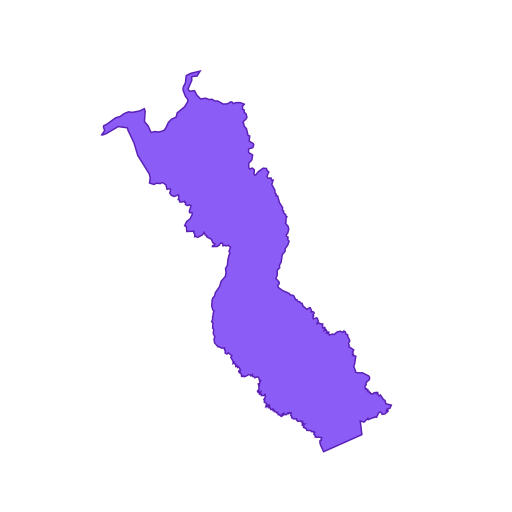 Miranda, Cauca, Colombia, rotated 219°
{"feature_id": "7082276B64224569928745", "entity_name": "Miranda", "entity_type": "district", "adm_level": 2, "iso_a3": "COL", "parent_name": "Colombia", "parent_adm1": "Cauca", "projection": "equal_earth", "projection_center": [-76.228, 3.222], "detail": "fine", "context": "isolated", "style": "filled", "palette": "violet", "viewbox_px": 512, "rotation_deg": 219, "n_neighbors": 0, "source": "geoboundaries", "source_scale": "gbopen_adm2", "svg_char_len": 6108}
<svg xmlns="http://www.w3.org/2000/svg" viewBox="0 0 512 512"><g transform="rotate(219 256 256)"><path d="M415.8,364.5L421.6,357.0L423.8,352.3L419.8,346.1L418.9,341.7L417.3,339.1L411.4,335.7L407.5,334.7L406.2,333.2L405.4,327.0L407.3,317.6L405.5,313.7L407.8,309.0L408.2,304.8L406.6,298.4L406.6,295.4L409.5,291.2L413.0,289.0L415.0,286.3L416.1,286.3L421.8,289.3L427.2,290.2L433.3,298.8L435.5,300.2L437.7,295.5L442.6,289.7L445.8,287.8L448.0,283.9L449.5,278.7L452.0,275.2L454.8,264.7L456.3,261.5L455.8,260.3L452.5,258.2L452.2,253.1L451.3,253.6L449.4,256.9L444.5,269.9L436.5,274.7L434.7,273.2L422.1,267.2L411.1,259.7L390.6,252.6L387.4,250.2L384.7,245.7L380.3,247.4L379.2,249.9L375.9,252.1L375.4,253.7L374.1,254.4L370.7,254.6L367.1,251.8L365.4,254.1L364.1,253.9L362.6,250.6L360.0,249.9L357.1,250.7L354.7,254.7L352.8,252.9L352.0,250.9L350.6,251.3L349.4,250.0L347.5,251.3L346.1,253.5L345.3,252.9L344.6,253.4L343.3,251.7L341.8,251.8L340.6,252.4L340.2,253.7L338.2,254.2L335.7,248.4L334.6,248.0L333.1,249.4L331.8,248.4L330.6,243.3L331.6,239.2L330.5,234.6L328.6,235.0L325.2,231.5L319.8,236.2L319.2,235.1L317.2,234.4L315.8,232.4L314.7,233.5L313.1,233.7L310.9,238.6L311.2,241.7L308.7,240.4L307.3,240.8L306.5,239.9L301.2,240.9L297.7,239.1L295.5,239.6L295.3,238.6L296.2,236.6L295.8,235.9L292.2,238.9L291.4,241.2L291.6,243.2L290.8,244.6L289.7,244.6L288.0,243.1L287.0,244.6L285.5,245.0L284.5,246.8L281.2,246.7L280.0,242.7L277.9,241.7L277.6,239.9L275.4,235.3L272.4,230.8L271.8,227.1L269.0,224.4L267.0,221.0L267.2,214.3L265.1,209.5L264.5,202.0L262.9,198.4L263.2,196.5L262.4,194.2L259.0,189.4L255.6,186.9L254.0,186.7L252.9,183.9L251.8,182.9L251.5,181.4L249.8,179.4L249.1,177.0L247.3,176.9L244.4,172.7L242.7,172.4L240.5,168.9L237.1,167.3L236.3,164.9L233.6,162.5L228.3,161.5L227.7,162.2L224.8,162.7L222.5,164.8L221.5,163.3L219.5,162.5L219.0,161.2L216.9,161.5L216.5,163.3L212.1,163.3L211.8,161.4L207.5,159.7L206.3,158.1L206.0,159.7L204.8,158.6L203.6,159.2L202.2,157.4L201.2,158.8L200.2,157.8L199.4,158.8L196.5,157.7L197.0,155.7L196.4,155.1L196.0,155.0L196.4,156.1L195.9,156.8L195.4,155.3L193.2,155.1L191.5,153.4L190.5,154.7L190.1,154.2L188.5,155.6L187.1,159.1L185.8,159.9L184.5,159.6L184.2,161.6L182.8,160.3L180.8,161.1L180.2,160.7L178.7,163.3L176.9,162.9L174.5,161.1L174.2,162.8L173.1,159.3L173.7,157.9L171.9,157.8L172.2,156.8L170.3,155.1L169.5,153.2L170.0,152.4L169.6,151.7L168.9,151.4L168.3,152.5L167.3,151.4L166.8,153.4L165.9,151.0L165.0,151.9L164.0,150.9L161.7,152.9L162.2,153.8L161.8,154.1L160.1,152.7L159.5,149.4L158.8,149.8L157.6,147.6L154.9,148.1L153.7,145.4L153.4,146.7L152.5,145.8L152.6,147.6L152.0,148.7L151.3,148.4L151.1,146.6L150.5,146.1L149.8,146.9L147.7,146.0L146.5,147.8L145.6,146.6L144.6,147.6L143.8,146.6L142.3,147.6L141.2,147.1L140.7,147.8L138.8,146.7L138.4,147.3L135.4,147.2L134.7,149.0L135.0,149.5L136.1,149.0L136.0,150.2L135.2,151.5L134.2,150.5L132.4,152.0L132.5,154.2L131.4,154.0L131.5,155.4L130.6,155.3L130.0,156.3L128.5,153.9L127.4,153.9L126.5,152.8L124.1,153.1L122.1,155.0L121.2,154.0L119.2,153.9L118.0,155.6L117.1,155.5L116.1,156.8L115.0,156.4L115.2,155.2L113.9,155.4L113.8,154.2L112.5,155.8L112.8,153.8L111.5,153.7L111.2,152.7L108.5,153.4L106.7,152.5L103.5,154.8L102.3,154.4L101.5,155.4L100.6,155.2L100.2,156.1L99.3,155.8L98.8,153.8L97.2,154.0L96.2,152.7L95.8,153.5L95.0,153.1L93.5,154.6L90.5,156.2L90.0,154.3L89.3,153.9L90.0,152.7L89.4,151.7L87.1,149.8L80.3,146.5L61.3,183.8L71.2,193.4L67.5,194.9L66.9,200.2L65.8,199.5L63.3,204.1L62.6,204.5L62.5,205.6L60.8,206.5L61.9,210.8L61.5,213.0L59.1,213.0L58.3,212.3L56.4,214.5L55.7,218.6L56.6,219.2L57.3,218.0L57.8,219.5L56.1,221.9L57.0,225.3L62.0,222.9L64.9,224.9L66.7,224.7L71.9,226.3L72.2,224.9L73.7,225.0L75.6,226.5L76.4,225.9L76.1,224.8L77.6,224.9L78.3,223.6L78.0,222.7L80.1,221.2L81.1,221.8L82.2,221.1L83.0,222.0L83.8,221.1L85.0,222.5L86.7,221.5L86.8,222.3L88.2,222.1L89.5,223.6L89.3,225.2L90.5,226.4L90.7,227.6L90.1,231.3L91.5,233.3L93.1,233.7L99.8,232.2L103.7,229.0L105.9,228.4L106.5,229.4L110.7,231.8L111.5,234.3L115.3,240.9L117.0,240.5L117.5,239.8L118.1,240.4L118.9,240.0L119.2,241.5L120.8,242.0L120.6,243.7L121.0,244.5L126.8,244.0L127.3,245.2L129.2,246.4L129.6,248.9L130.6,249.7L133.7,251.0L135.4,252.5L136.8,251.9L138.9,253.3L140.5,253.0L140.5,251.4L143.3,250.5L145.2,247.9L145.9,244.1L147.4,243.5L149.2,240.8L149.7,241.3L151.5,241.0L151.3,243.2L152.9,240.5L153.6,242.2L155.4,242.8L156.1,240.9L157.0,243.5L157.9,243.6L158.3,242.3L159.0,242.1L161.5,245.2L162.8,244.0L164.6,243.7L165.9,241.7L166.4,242.3L166.4,244.5L169.3,246.2L170.0,246.1L171.8,243.3L173.4,244.2L173.4,245.7L174.8,246.1L174.8,248.3L176.5,248.7L178.0,247.3L178.2,248.2L181.1,249.9L181.7,249.7L182.9,246.6L187.9,246.7L190.4,248.2L191.8,247.4L193.3,248.0L194.7,247.0L196.8,247.8L197.8,247.0L201.4,248.8L202.9,248.6L204.7,247.3L206.6,247.8L214.0,245.8L218.8,245.6L220.6,246.8L220.5,249.3L222.0,250.4L226.4,251.0L227.5,254.7L230.6,258.2L230.1,261.6L232.0,263.6L232.6,267.1L236.4,273.5L236.4,278.1L237.9,279.9L238.2,284.5L239.6,288.3L241.9,288.8L242.9,290.8L244.7,290.5L245.7,291.3L245.8,293.9L247.6,297.7L249.9,299.3L253.9,300.1L254.2,301.6L256.0,303.5L256.8,306.0L257.7,305.6L259.2,307.0L260.5,306.6L262.2,307.3L262.7,308.3L264.4,308.3L265.8,310.4L271.3,312.2L277.0,316.3L278.4,315.4L279.2,316.8L280.9,316.9L282.8,319.1L288.7,321.5L290.5,325.8L291.7,324.7L293.4,326.1L295.6,324.0L297.6,324.6L298.9,329.3L301.6,329.5L302.9,330.6L305.7,328.8L307.3,323.0L307.2,319.2L307.8,318.1L309.0,318.3L311.5,321.9L314.3,322.0L315.6,319.7L317.1,320.0L320.0,323.5L319.7,328.0L322.2,332.4L326.9,331.8L328.7,334.0L328.8,335.1L326.8,337.9L326.9,339.3L328.0,341.2L328.9,341.6L333.6,341.0L336.4,345.3L338.2,344.8L343.5,348.9L347.2,349.6L348.8,351.2L350.0,351.4L350.4,352.7L349.9,356.7L350.4,358.1L353.1,360.2L355.7,360.3L356.9,362.0L358.9,361.6L360.8,364.2L360.6,366.6L364.7,365.3L368.1,362.6L369.6,360.1L371.2,360.6L372.8,359.8L373.2,357.8L374.5,355.7L377.1,353.5L383.5,352.3L385.5,350.5L388.7,350.2L391.0,348.0L394.4,347.0L397.9,343.2L403.3,343.8L407.8,345.8L411.3,342.2L413.9,343.0L416.5,352.2L418.6,354.6L418.5,355.4L415.1,358.7L415.8,364.5Z" fill="#8b5cf6" stroke="#5b21b6" stroke-width="1.5"/></g></svg>